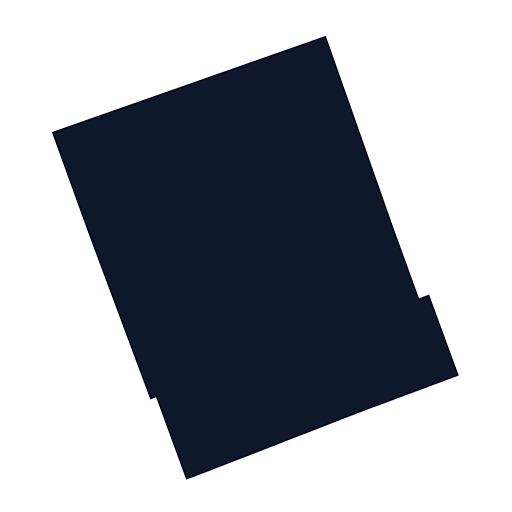 the district of Harrison, Missouri, United States of America, rotated 160°
{"feature_id": "52423323B2822402120126", "entity_name": "Harrison", "entity_type": "district", "adm_level": 2, "iso_a3": "USA", "parent_name": "United States of America", "parent_adm1": "Missouri", "projection": "albers", "projection_center": [-93.959, 40.355], "detail": "fine", "context": "isolated", "style": "filled", "palette": "ink", "viewbox_px": 512, "rotation_deg": 160, "n_neighbors": 0, "source": "geoboundaries", "source_scale": "gbopen_adm2", "svg_char_len": 532}
<svg xmlns="http://www.w3.org/2000/svg" viewBox="0 0 512 512"><g transform="rotate(160 256 256)"><path d="M404.7,441.5L404.9,332.2L403.6,158.1L397.4,158.3L397.3,70.5L371.3,70.8L369.2,70.9L355.1,71.2L347.1,71.4L318.8,71.9L318.1,71.9L317.1,72.0L308.8,72.2L295.1,72.5L294.7,72.5L294.2,72.4L293.2,72.5L292.4,72.6L277.2,72.9L269.0,73.0L244.5,73.6L232.7,73.9L203.5,74.4L203.3,74.4L197.8,74.5L196.6,74.4L107.1,75.1L107.3,159.8L118.0,159.7L118.0,231.7L115.9,438.3L404.7,441.5Z" fill="#0f172a" stroke="#020617" stroke-width="1.5"/></g></svg>